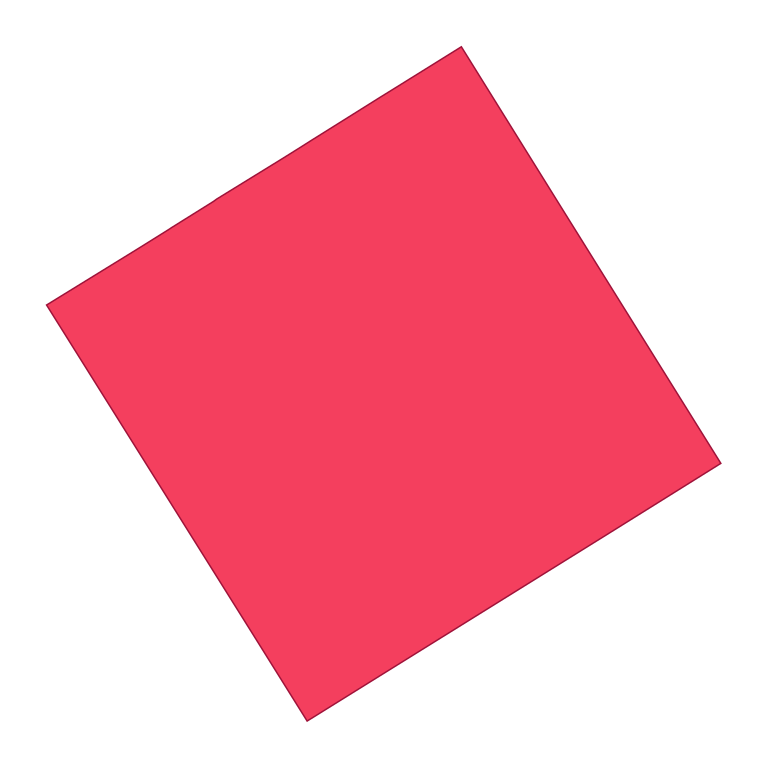 Washington, Kansas, United States of America (Mercator projection), rotated 328°
{"feature_id": "52423323B79876841962369", "entity_name": "Washington", "entity_type": "district", "adm_level": 2, "iso_a3": "USA", "parent_name": "United States of America", "parent_adm1": "Kansas", "projection": "mercator", "projection_center": [-97.1, 39.784], "detail": "fine", "context": "isolated", "style": "filled", "palette": "rose", "viewbox_px": 768, "rotation_deg": 328, "n_neighbors": 0, "source": "geoboundaries", "source_scale": "gbopen_adm2", "svg_char_len": 483}
<svg xmlns="http://www.w3.org/2000/svg" viewBox="0 0 768 768"><g transform="rotate(328 384 384)"><path d="M139.7,138.2L140.2,531.2L140.2,629.1L495.7,629.8L627.6,629.8L627.9,335.5L628.3,139.0L569.3,138.9L568.2,138.9L565.4,138.9L563.5,138.9L532.6,138.8L532.4,138.8L451.9,138.9L433.2,139.0L416.8,139.0L340.3,138.5L336.3,138.8L302.2,138.8L286.3,138.8L284.4,138.9L247.3,138.9L156.1,138.3L155.6,138.3L139.8,138.2L139.7,138.2Z" fill="#f43f5e" stroke="#9f1239" stroke-width="1.5"/></g></svg>